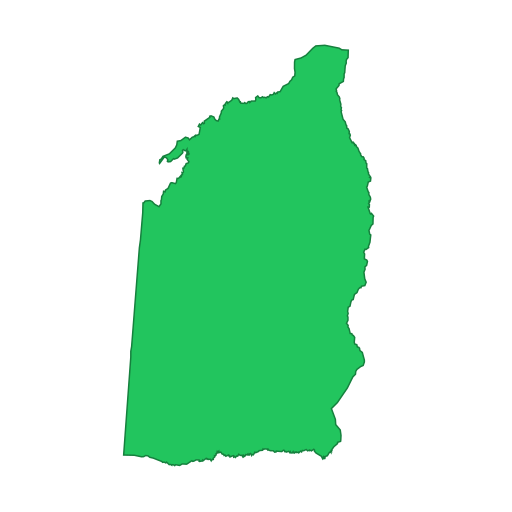 outline of Meatu, Simiyu, United Republic of Tanzania, rotated 185°
{"feature_id": "72390352B64411652351957", "entity_name": "Meatu", "entity_type": "district", "adm_level": 2, "iso_a3": "TZA", "parent_name": "United Republic of Tanzania", "parent_adm1": "Simiyu", "projection": "equal_earth", "projection_center": [34.38, -3.507], "detail": "fine", "context": "isolated", "style": "filled", "palette": "green", "viewbox_px": 512, "rotation_deg": 185, "n_neighbors": 0, "source": "geoboundaries", "source_scale": "gbopen_adm2", "svg_char_len": 6004}
<svg xmlns="http://www.w3.org/2000/svg" viewBox="0 0 512 512"><g transform="rotate(185 256 256)"><path d="M344.4,363.5L344.6,359.8L345.8,356.6L351.2,350.2L357.3,347.2L358.9,344.3L360.2,343.5L360.4,340.3L360.1,339.8L355.9,346.7L353.7,346.0L352.1,344.0L352.6,342.7L351.8,342.1L349.3,342.6L346.6,345.8L345.8,345.4L342.7,346.8L338.2,352.1L337.9,353.2L338.5,354.6L337.7,355.6L335.6,354.6L334.9,354.9L334.1,356.3L333.9,353.3L333.1,353.1L332.9,354.4L332.4,354.1L332.1,352.2L331.6,351.9L332.0,351.1L333.2,350.8L333.4,352.7L334.4,350.6L334.5,348.7L334.1,347.6L332.6,347.8L333.1,346.4L331.1,344.1L331.7,342.7L333.6,342.0L334.3,339.5L335.2,339.1L335.3,337.5L336.5,337.1L335.6,333.3L336.5,332.2L336.9,332.4L336.4,330.7L337.3,330.3L337.3,328.5L337.7,328.2L338.0,329.2L340.0,326.5L341.4,326.5L341.8,322.3L342.5,321.1L346.3,321.7L347.5,321.2L349.5,315.7L351.9,313.8L352.2,312.0L353.7,312.4L353.8,309.6L355.1,307.1L355.1,303.9L355.5,302.8L355.2,299.7L356.9,296.7L361.5,298.7L364.3,301.2L366.5,302.0L371.2,301.1L372.4,299.2L373.2,299.0L372.6,289.3L372.5,261.8L372.9,254.1L372.0,154.9L372.4,150.2L371.9,144.2L370.5,46.2L359.8,46.9L352.5,46.0L350.5,46.3L348.5,47.6L346.2,47.5L344.2,46.2L340.7,45.7L331.9,43.1L331.1,42.3L329.5,42.7L327.8,42.0L327.1,42.9L324.3,40.6L323.0,40.9L321.6,40.2L321.5,40.8L320.2,40.9L318.7,40.1L317.9,41.1L313.8,40.7L311.4,42.4L306.9,42.6L302.0,46.5L301.2,45.9L300.1,46.2L297.8,47.7L294.8,47.8L294.3,47.1L294.7,46.6L294.3,46.4L291.9,47.1L291.4,48.0L291.0,47.3L288.0,50.1L287.0,49.2L286.4,49.8L285.7,49.2L283.9,49.6L282.8,48.1L282.5,48.9L280.8,49.6L281.1,50.6L279.6,52.3L279.9,53.5L279.1,53.5L278.4,54.4L278.6,55.6L277.9,55.9L277.6,57.7L277.0,56.9L276.1,58.2L275.8,56.8L274.0,57.6L272.4,55.7L271.1,55.7L270.4,54.5L269.5,55.0L268.6,53.9L265.9,55.4L265.6,54.5L264.9,54.7L264.4,53.5L261.2,55.2L260.6,54.9L260.6,53.7L259.7,54.2L259.0,53.5L257.7,55.2L256.8,55.0L255.9,57.0L254.4,56.0L252.7,56.2L252.1,55.4L252.0,56.2L251.5,56.5L251.2,55.7L251.0,56.4L250.3,56.1L250.5,55.1L249.3,56.0L248.9,57.3L247.7,57.1L246.9,58.0L246.6,57.1L245.3,57.2L245.3,58.2L244.2,58.8L243.0,56.9L242.6,57.9L241.3,57.7L240.0,60.5L239.2,60.0L236.4,61.5L235.9,62.4L232.7,63.0L232.2,64.4L231.6,63.9L230.5,64.6L228.0,64.6L227.6,64.0L227.2,64.7L226.4,63.7L224.6,63.3L221.8,63.5L220.3,62.2L218.9,62.6L218.8,63.4L213.3,63.4L211.8,64.9L210.9,64.8L210.3,63.6L209.2,63.9L208.8,63.3L206.3,64.3L205.2,63.1L204.8,64.0L204.2,62.9L202.7,63.0L202.0,64.3L201.5,63.2L200.6,63.0L200.0,63.5L200.3,63.9L198.9,64.4L198.2,63.7L196.5,64.3L196.2,63.7L194.6,65.5L193.5,64.8L192.9,66.3L191.5,66.2L189.1,67.6L187.6,66.4L185.8,67.3L185.6,66.8L184.5,67.2L183.8,66.7L181.6,68.5L180.9,68.0L180.8,66.7L179.1,65.0L173.4,62.2L172.0,59.9L171.4,61.4L170.9,60.0L169.8,60.3L170.5,62.1L169.5,61.8L168.6,62.9L167.5,63.2L166.1,66.2L164.9,67.5L164.4,67.0L164.5,67.5L163.7,67.6L164.1,68.9L163.4,69.1L163.5,69.9L161.8,72.8L158.5,76.2L158.5,77.5L155.6,78.7L155.5,80.0L155.7,84.7L156.9,90.0L161.9,95.0L162.7,100.2L167.6,110.6L162.2,117.0L153.5,132.5L149.0,144.0L146.6,146.9L146.6,149.7L145.6,151.8L142.2,154.9L139.7,156.3L138.8,159.9L139.0,161.8L141.7,169.2L144.3,170.9L144.8,173.1L145.7,174.0L147.1,174.2L147.9,176.5L149.8,176.8L150.6,178.5L150.6,183.5L152.1,185.3L153.2,185.7L153.8,187.0L155.4,187.0L157.0,191.8L158.2,193.2L158.2,195.0L160.0,196.8L158.8,200.0L159.1,203.2L159.8,204.3L159.2,206.8L159.9,208.7L159.7,213.0L158.0,214.2L157.4,219.0L156.4,220.8L155.4,221.1L154.6,226.3L152.2,228.4L151.2,231.7L149.9,233.5L148.7,233.5L148.3,235.1L145.0,236.0L144.0,239.5L145.7,242.8L147.1,249.3L146.2,252.3L146.6,254.6L145.0,256.3L144.5,260.3L145.3,261.6L147.8,262.6L148.0,267.5L149.1,269.1L148.0,272.3L147.0,272.1L144.5,274.2L144.8,275.5L143.7,279.6L143.5,287.0L144.6,287.6L145.7,291.3L143.8,296.6L142.3,298.1L142.7,304.7L142.3,306.0L144.7,308.5L145.3,307.8L145.9,308.2L148.7,314.5L147.4,314.6L147.5,317.2L148.4,318.0L147.6,319.5L148.0,319.6L148.2,320.8L147.7,321.2L147.3,320.5L146.7,322.6L147.2,324.5L149.0,327.2L149.1,329.1L149.8,329.7L151.8,334.3L151.2,335.3L150.6,339.5L148.5,340.6L148.4,343.8L149.5,344.1L148.9,344.8L151.1,347.5L151.1,348.8L151.8,349.7L152.6,352.8L153.4,353.3L153.7,357.6L154.6,358.3L155.0,360.5L156.8,361.5L156.8,362.8L157.7,364.1L159.1,364.1L160.6,365.8L160.6,366.8L162.4,369.1L163.9,372.4L165.7,373.9L165.8,374.8L166.6,375.6L167.3,375.0L168.0,376.8L168.5,376.7L169.3,377.9L170.1,377.2L173.1,382.0L172.6,384.6L173.3,386.0L173.9,386.0L173.9,388.3L175.5,390.9L176.7,391.3L177.1,393.9L177.8,394.5L178.8,397.4L181.2,399.8L183.8,407.2L183.4,408.4L184.1,409.4L183.8,411.2L184.7,412.4L184.7,414.6L186.3,418.8L186.2,420.1L186.9,421.7L188.9,423.7L189.6,426.0L190.4,426.9L190.1,427.5L190.8,429.4L188.2,433.1L188.2,434.8L184.2,437.5L184.2,440.3L183.8,441.3L184.1,445.2L183.6,446.3L183.7,453.3L182.9,456.0L183.2,458.1L182.9,459.8L181.6,461.6L182.0,469.1L188.5,468.9L191.3,470.3L205.8,471.9L214.7,470.5L217.5,467.9L223.6,460.4L228.4,457.2L234.2,455.1L234.5,452.6L234.0,446.1L233.1,442.5L233.1,438.7L235.0,437.3L235.9,434.6L237.4,433.0L238.5,430.6L243.7,427.4L246.3,421.8L248.8,421.2L249.0,419.9L249.8,420.2L250.7,419.1L252.1,420.3L252.8,418.5L254.9,417.7L255.9,418.0L257.3,415.5L258.5,415.7L259.7,414.4L261.1,414.9L262.2,414.5L263.4,415.2L264.9,414.0L266.7,414.0L268.2,415.6L270.2,413.8L269.8,411.8L270.3,410.3L274.2,409.9L275.5,408.4L275.9,409.3L277.1,409.1L278.4,407.3L279.4,407.0L280.6,407.8L281.2,407.0L284.5,406.9L285.0,408.2L285.5,407.9L286.9,410.5L288.5,411.8L291.9,410.9L292.9,411.5L293.7,409.1L296.8,406.4L298.0,406.9L297.9,406.2L298.6,407.0L299.8,405.2L299.9,403.6L300.7,403.8L301.6,402.8L301.1,401.0L301.3,399.9L303.1,397.3L303.1,395.4L304.5,391.3L304.2,389.2L304.9,389.1L305.5,387.1L307.3,387.4L308.9,388.6L310.1,390.8L313.0,391.7L314.3,391.2L314.0,390.2L319.3,385.8L319.0,383.7L319.7,383.2L320.9,384.2L322.5,381.7L323.8,382.5L324.8,380.0L322.7,379.2L323.3,372.3L325.3,371.0L326.4,371.2L327.0,370.0L327.3,370.5L328.5,369.2L329.8,368.8L332.4,365.9L333.8,367.6L336.6,368.2L341.0,364.4L344.4,363.5Z" fill="#22c55e" stroke="#15803d" stroke-width="1.5"/></g></svg>